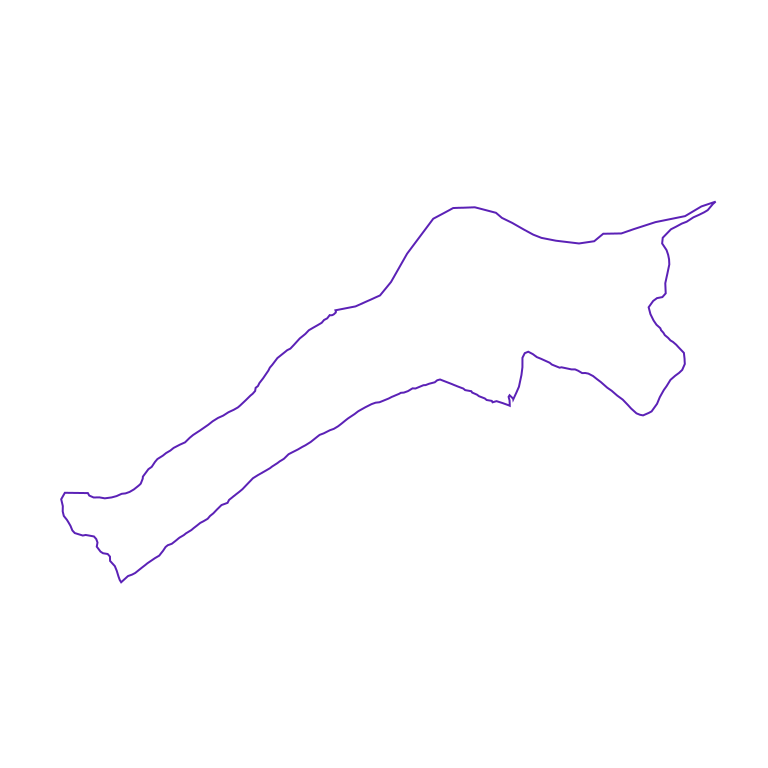 the district of Ibi, Taraba, Nigeria, rotated 193°
{"feature_id": "59680162B80393484388201", "entity_name": "Ibi", "entity_type": "district", "adm_level": 2, "iso_a3": "NGA", "parent_name": "Nigeria", "parent_adm1": "Taraba", "projection": "robinson", "projection_center": [9.855, 8.395], "detail": "fine", "context": "isolated", "style": "outline", "palette": "violet", "viewbox_px": 768, "rotation_deg": 193, "n_neighbors": 0, "source": "geoboundaries", "source_scale": "gbopen_adm2", "svg_char_len": 4312}
<svg xmlns="http://www.w3.org/2000/svg" viewBox="0 0 768 768"><g transform="rotate(193 384 384)"><path d="M595.5,131.7L590.5,138.9L590.2,139.3L586.6,141.6L583.9,143.9L578.6,150.6L575.9,153.9L574.2,156.1L568.0,162.8L564.4,166.2L563.2,168.8L561.8,171.7L560.3,175.7L560.2,176.0L558.4,178.3L557.1,179.1L554.8,180.6L552.1,183.9L550.4,186.1L549.6,187.2L548.6,188.4L545.1,191.7L543.3,194.0L538.8,198.4L537.1,200.7L534.4,204.0L531.8,207.3L529.1,209.6L525.5,213.0L523.8,216.3L521.2,219.6L518.6,224.0L515.1,229.5L509.7,233.0L508.9,236.2L506.2,239.6L505.0,241.2L504.8,241.3L503.6,242.9L500.9,246.2L498.3,249.6L495.7,254.0L490.5,262.7L486.0,267.2L479.8,272.9L476.2,276.3L474.4,278.5L470.0,283.0L468.2,285.2L466.7,286.6L464.7,288.6L461.2,294.1L458.5,296.4L453.1,300.9L449.5,304.3L446.8,306.6L442.4,311.0L439.7,314.4L437.1,317.7L435.3,319.9L435.2,320.0L431.7,322.3L426.3,326.8L423.6,328.5L422.7,329.1L419.2,332.5L416.5,335.8L413.0,340.3L411.2,342.5L405.9,348.1L403.2,351.4L402.4,352.2L398.1,356.1L397.0,357.1L391.6,361.6L388.0,363.9L384.3,365.2L381.3,367.3L376.2,370.9L373.5,373.2L371.5,374.6L371.4,374.7L367.1,377.8L365.6,379.2L362.7,380.1L359.0,382.5L355.2,386.2L352.3,386.7L345.3,391.7L343.2,392.3L340.1,394.4L334.9,397.1L333.0,399.6L330.4,401.0L317.8,399.2L315.0,398.7L314.1,398.6L312.4,398.3L308.8,397.8L305.7,397.4L303.6,396.3L301.5,396.4L297.3,396.6L296.2,395.5L290.9,394.5L288.8,393.5L282.5,392.6L280.4,391.5L275.2,391.8L274.1,390.6L270.5,392.6L264.2,392.1L257.6,391.3L256.6,391.1L256.9,392.4L258.0,396.3L259.7,399.5L259.1,401.3L256.9,400.0L254.8,398.7L254.6,398.2L253.1,405.3L251.9,411.7L252.0,417.4L252.1,423.7L252.9,431.5L255.0,440.7L253.8,445.7L250.7,447.9L245.7,446.6L241.2,444.6L236.8,443.9L227.4,442.0L224.8,440.7L220.4,440.0L216.6,439.4L214.8,440.2L210.4,440.3L204.7,440.4L201.0,441.2L197.8,440.6L193.4,439.2L190.3,440.0L187.2,440.1L182.1,438.8L177.7,436.7L173.2,434.7L165.6,430.6L160.6,428.6L154.2,425.2L147.9,422.5L141.6,418.4L137.7,415.7L131.4,412.2L127.6,411.6L124.5,411.7L119.5,415.4L117.1,417.5L115.3,421.8L113.5,426.1L112.3,433.2L110.0,441.1L108.2,445.4L105.8,452.5L102.1,457.6L99.0,461.2L96.6,464.8L95.4,471.2L96.3,474.2L96.8,476.1L98.8,481.8L102.3,484.1L105.2,486.0L108.1,488.0L111.9,490.0L114.7,490.9L117.6,492.9L121.4,494.8L123.3,496.8L126.2,498.8L126.4,499.2L127.3,500.5L128.5,501.2L131.8,503.0L135.6,506.5L140.1,512.0L143.4,518.3L140.4,525.5L137.3,529.1L132.3,531.3L129.9,535.7L132.6,545.5L132.7,553.3L132.7,554.7L132.9,564.7L134.3,569.6L136.2,573.8L138.8,578.0L144.6,583.5L145.3,589.2L139.2,599.3L134.9,602.9L129.9,607.3L125.6,610.2L120.0,616.0L115.1,619.7L110.7,623.3L107.7,626.2L104.0,633.4L101.9,636.3L114.7,628.4L128.4,615.3L136.1,611.8L155.9,602.8L175.6,591.0L186.6,584.1L204.2,579.7L211.3,570.4L225.6,564.8L248.7,562.3L263.4,561.8L272.2,563.1L282.3,565.9L295.3,569.8L306.5,572.4L313.4,576.0L330.5,576.5L335.3,576.6L346.4,573.6L350.8,572.5L356.2,571.0L357.9,569.5L359.1,568.4L364.8,563.4L373.2,556.1L381.8,536.6L390.8,516.2L400.1,485.0L407.8,469.4L411.4,466.7L415.8,463.3L418.9,461.0L429.2,453.2L433.3,451.4L446.3,445.6L447.9,444.9L447.1,443.6L447.1,442.8L448.5,440.7L449.7,439.6L450.3,439.3L451.5,438.9L452.4,438.9L454.1,435.2L456.8,432.9L458.5,429.6L462.1,426.2L465.7,422.9L469.3,419.5L471.9,415.1L473.6,412.9L476.3,409.5L480.6,401.8L483.2,397.4L485.9,395.2L487.6,393.0L493.7,385.3L497.2,377.5L498.9,374.3L499.7,371.0L501.4,366.7L503.1,362.3L505.6,356.9L506.4,353.6L508.2,351.4L508.0,348.2L509.8,344.9L511.5,342.7L515.0,337.2L519.4,330.6L521.1,328.3L524.7,325.0L526.9,323.3L529.2,321.5L533.6,317.0L538.1,313.6L542.6,309.1L546.1,304.7L553.2,296.9L554.2,295.9L558.6,291.3L561.2,287.9L564.7,282.4L569.2,279.0L574.6,274.4L577.2,271.1L580.8,267.7L583.4,264.4L587.9,259.9L589.6,256.6L591.7,251.0L594.4,248.0L598.1,239.5L597.8,237.5L598.6,232.2L599.6,230.6L600.5,229.4L604.0,225.0L607.6,221.6L611.2,219.3L614.9,218.0L619.4,214.6L623.9,212.2L630.3,209.8L635.9,209.5L641.4,208.1L646.1,209.0L648.0,211.1L670.5,206.2L672.6,199.1L669.5,192.8L668.4,187.6L666.3,183.4L662.5,180.4L660.5,178.4L657.6,175.3L654.7,171.2L651.8,169.2L643.4,168.6L640.7,169.8L637.0,170.0L632.3,170.2L629.5,168.2L627.5,165.1L627.3,160.9L622.5,156.9L619.7,155.9L615.0,156.2L612.2,154.2L611.1,150.0L608.2,148.0L605.3,146.0L602.4,141.9L599.4,136.7L597.4,133.6L595.5,131.7Z" fill="none" stroke="#5b21b6" stroke-width="2"/></g></svg>